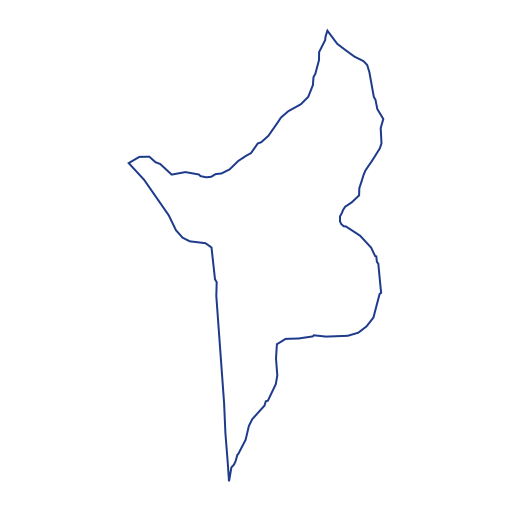 outline of Antigua Guatemala, Sacatepéquez, Guatemala
{"feature_id": "79465075B72939253081387", "entity_name": "Antigua Guatemala", "entity_type": "district", "adm_level": 2, "iso_a3": "GTM", "parent_name": "Guatemala", "parent_adm1": "Sacatepéquez", "projection": "robinson", "projection_center": [-90.724, 14.538], "detail": "fine", "context": "isolated", "style": "outline", "palette": "blue", "viewbox_px": 512, "rotation_deg": 0, "n_neighbors": 0, "source": "geoboundaries", "source_scale": "gbopen_adm2", "svg_char_len": 1418}
<svg xmlns="http://www.w3.org/2000/svg" viewBox="0 0 512 512"><path d="M383.3,119.0L377.3,109.0L375.5,99.9L373.8,96.8L369.4,72.3L367.2,65.0L363.6,61.2L354.4,56.6L344.8,49.6L337.2,43.8L327.4,30.7L325.6,36.4L325.1,40.2L319.1,52.1L319.0,60.1L315.3,73.9L313.5,77.1L312.9,85.1L308.2,96.9L300.9,104.2L288.3,111.2L280.9,117.6L278.3,121.6L268.4,135.8L261.1,142.3L257.8,143.4L251.0,153.1L245.9,155.9L238.2,161.0L229.6,169.4L221.4,173.5L215.6,174.1L211.2,176.8L206.2,177.3L200.5,176.1L198.9,174.5L185.4,172.1L171.7,174.6L160.2,164.0L155.5,162.2L149.3,156.7L139.3,156.9L128.7,163.1L144.1,179.8L168.8,215.4L176.0,230.3L182.6,237.7L189.7,241.3L205.5,243.2L211.5,247.5L215.0,279.3L216.7,282.2L216.3,295.9L224.1,403.2L225.4,433.0L227.8,463.5L229.0,481.3L231.4,467.4L233.9,464.7L235.5,461.4L236.8,456.9L237.3,454.9L238.3,453.9L245.6,439.8L248.9,425.9L252.3,419.1L264.5,405.6L265.8,401.3L267.9,400.7L275.8,384.1L277.3,375.4L276.0,358.5L276.9,344.2L285.6,338.9L298.5,338.5L312.8,336.4L313.8,335.3L326.0,336.6L347.7,335.8L358.3,332.7L366.6,326.3L373.4,317.6L379.6,294.0L381.1,292.9L378.3,263.7L376.9,261.9L376.3,256.4L375.1,256.0L371.1,247.6L360.2,235.8L345.8,226.4L343.7,226.3L341.2,224.0L340.0,221.3L340.0,216.4L341.8,213.2L343.1,209.9L345.2,206.7L351.9,202.2L359.1,195.4L359.3,188.2L361.5,181.6L363.6,174.8L365.4,170.5L372.7,159.8L379.8,148.4L381.5,143.4L380.7,128.1L383.3,119.0Z" fill="none" stroke="#1e3a8a" stroke-width="2"/></svg>